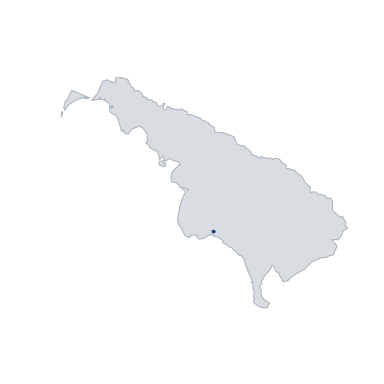 Pilar, Buenos Aires, Argentina (highlighted), rotated 118°
{"feature_id": "61730980B18176537921134", "entity_name": "Pilar", "entity_type": "district", "adm_level": 2, "iso_a3": "ARG", "parent_name": "Argentina", "parent_adm1": "Buenos Aires", "projection": "albers", "projection_center": [-58.875, -34.443], "detail": "fine", "context": "in_parent", "style": "filled", "palette": "blue", "viewbox_px": 384, "rotation_deg": 118, "n_neighbors": 0, "source": "geoboundaries", "source_scale": "gbopen_adm2", "svg_char_len": 4251}
<svg xmlns="http://www.w3.org/2000/svg" viewBox="0 0 384 384"><g transform="rotate(118 192 192)"><path d="M227.4,114.1L225.2,117.9L225.7,120.4L223.6,126.4L224.1,127.6L222.5,130.5L223.0,133.6L222.2,136.6L222.6,140.3L221.9,141.4L220.5,141.8L219.6,147.0L220.8,152.0L219.7,153.0L221.6,156.7L227.3,159.9L230.2,163.2L230.2,164.6L228.7,166.6L228.5,168.3L229.3,170.6L230.7,172.1L233.5,173.0L233.8,176.3L233.3,178.4L228.1,185.8L226.9,189.0L222.2,192.3L209.9,196.1L200.4,197.7L195.0,197.5L191.3,196.1L191.7,200.3L193.6,201.5L192.6,201.6L193.4,202.3L193.1,205.8L192.0,206.5L191.3,209.3L191.4,211.8L192.5,213.8L191.5,215.9L187.6,218.1L182.8,218.8L173.8,216.0L174.1,215.4L173.6,215.3L172.2,216.0L171.8,218.9L173.0,223.1L172.9,226.9L173.5,228.1L176.8,229.4L176.6,230.9L177.7,231.0L180.0,230.5L180.2,229.3L179.0,228.9L182.0,227.8L183.2,229.3L183.5,233.2L183.0,234.2L180.7,235.1L180.0,234.9L178.5,232.3L177.3,231.8L174.0,233.4L173.6,234.3L178.7,236.0L175.2,238.3L172.5,242.0L172.8,248.6L172.3,250.5L170.4,252.4L170.2,253.6L170.9,254.3L170.7,255.6L166.9,255.4L164.4,257.7L162.0,258.5L158.2,266.3L159.1,269.8L164.4,274.6L170.6,275.5L171.5,277.2L171.4,279.3L170.7,280.5L168.6,281.8L170.5,281.7L171.4,282.7L161.3,292.7L160.1,295.5L160.0,301.1L159.3,302.3L157.2,303.6L155.6,302.6L154.3,300.7L154.5,302.4L152.5,303.2L154.9,303.0L156.2,304.2L153.1,306.5L152.3,308.4L152.2,311.0L151.0,312.6L152.0,312.2L153.4,317.1L150.9,317.6L154.1,318.2L158.2,323.4L157.9,323.9L157.7,323.3L148.2,321.7L135.8,322.8L135.8,322.1L132.6,319.4L133.0,317.2L132.3,315.5L132.7,313.7L132.0,311.7L130.8,311.2L127.0,312.9L124.0,307.8L123.7,304.8L122.8,303.0L123.2,300.4L125.2,300.0L125.5,297.4L127.9,295.0L127.6,292.5L129.1,290.9L129.3,289.6L127.4,286.6L128.1,282.9L130.6,279.9L130.0,276.5L131.4,274.7L129.6,270.3L131.0,268.2L130.1,267.3L129.8,264.9L131.3,264.1L132.0,261.3L130.1,259.2L127.0,258.9L126.7,257.7L132.1,256.9L132.6,255.0L132.1,253.9L127.9,253.9L127.6,251.3L128.3,249.6L127.3,248.0L127.4,246.5L126.1,244.4L127.0,243.2L123.9,241.3L123.5,237.4L124.0,236.4L123.3,234.4L125.6,232.1L124.0,228.6L123.3,221.5L122.7,219.6L123.9,216.5L122.9,214.7L123.8,213.1L122.9,209.6L124.2,209.1L124.4,202.7L127.5,200.4L128.0,199.1L124.8,191.5L124.7,188.4L124.0,187.1L124.4,185.3L123.6,182.8L124.2,179.7L126.4,178.2L126.5,177.1L128.7,174.8L128.0,169.7L126.6,167.2L127.8,166.1L128.1,162.1L129.5,157.9L131.0,157.0L130.2,152.4L130.3,148.1L128.1,147.5L128.3,144.5L127.4,143.8L126.7,140.7L125.0,138.1L124.7,136.8L125.4,135.9L123.7,135.0L122.4,132.6L122.3,130.2L122.4,128.6L124.0,127.2L123.6,126.1L124.5,121.1L126.2,120.6L126.9,118.8L125.9,118.0L125.8,115.0L124.5,110.9L125.9,108.7L126.7,102.1L130.2,97.1L132.3,89.5L134.4,89.2L136.6,87.4L133.8,82.9L135.0,79.8L132.8,73.7L133.1,71.4L134.4,69.9L132.6,67.6L132.9,65.7L134.9,63.2L142.4,59.2L144.7,49.3L142.9,47.8L146.8,41.8L149.8,40.7L150.9,37.7L155.1,40.2L162.1,39.8L165.6,40.7L168.4,46.1L171.7,38.5L181.3,37.8L183.4,40.4L187.2,43.3L189.8,47.4L197.9,53.7L208.0,56.7L214.2,61.0L221.4,64.8L224.9,65.6L227.6,68.3L228.2,70.2L226.6,71.7L225.4,74.6L223.5,76.2L222.7,78.1L222.8,80.5L219.1,85.2L219.3,86.9L223.0,86.5L231.9,88.5L236.2,88.5L237.6,89.4L240.0,87.3L243.8,88.3L246.3,84.5L248.8,83.9L251.6,81.3L253.0,78.2L253.8,71.3L255.3,71.8L257.8,71.0L260.0,72.5L261.7,78.4L261.0,83.9L259.8,86.1L257.1,87.2L255.5,88.8L251.2,89.8L248.8,92.7L243.4,95.7L243.7,97.4L242.0,97.2L233.0,108.6L227.4,114.1ZM158.7,345.9L157.0,326.6L159.8,330.2L158.6,330.0L158.4,331.9L160.4,332.1L161.5,334.3L166.2,338.2L172.9,341.9L179.3,342.7L177.7,344.9L171.6,346.3L167.8,345.5L158.7,345.9ZM181.9,343.8L183.7,343.0L187.5,342.7L182.6,344.5L181.9,343.8ZM194.6,199.2L194.5,200.1L193.2,198.8L194.6,199.2Z" fill="#d9dde1" stroke="#a8b0b8" stroke-width="1"/><path d="M217.7,154.7L217.8,154.6L218.0,154.6L217.7,154.0L217.4,154.1L217.3,153.9L217.2,153.8L216.9,153.4L216.8,153.1L216.7,153.1L216.8,153.1L216.7,153.1L216.7,153.3L216.7,153.5L216.6,153.8L216.6,154.0L216.1,153.5L216.0,153.8L215.8,153.9L215.8,154.0L215.7,154.1L215.8,154.6L215.9,154.8L216.0,154.8L215.9,154.8L216.0,154.8L216.2,155.1L216.3,155.2L216.5,155.1L216.9,155.7L217.0,155.6L217.1,155.4L217.2,155.2L217.3,155.2L217.4,154.9L217.5,154.8L217.5,154.7L217.4,154.7L217.5,154.6L217.7,154.7Z" fill="#3b82f6" stroke="#1e3a8a" stroke-width="1.5"/></g></svg>